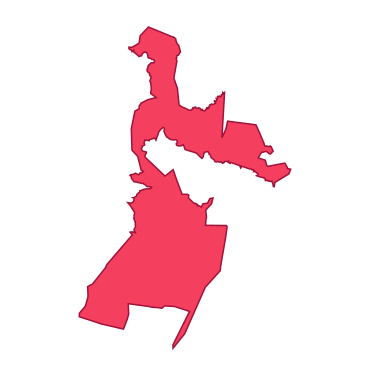 Santiago Tamazola, Oaxaca, Mexico (orthographic projection), rotated 8°
{"feature_id": "50627088B25658637599997", "entity_name": "Santiago Tamazola", "entity_type": "district", "adm_level": 2, "iso_a3": "MEX", "parent_name": "Mexico", "parent_adm1": "Oaxaca", "projection": "orthographic", "projection_center": [-98.227, 17.745], "detail": "fine", "context": "isolated", "style": "filled", "palette": "rose", "viewbox_px": 384, "rotation_deg": 8, "n_neighbors": 0, "source": "geoboundaries", "source_scale": "gbopen_adm2", "svg_char_len": 6001}
<svg xmlns="http://www.w3.org/2000/svg" viewBox="0 0 384 384"><g transform="rotate(8 192 192)"><path d="M136.3,240.4L138.9,242.7L117.9,275.5L116.7,279.3L106.2,297.1L101.8,300.1L103.6,309.8L102.4,319.2L101.6,321.0L97.4,327.6L97.7,331.2L121.2,335.4L143.2,337.3L145.5,327.5L146.3,321.8L144.4,311.5L166.1,311.4L168.5,311.7L174.6,311.2L178.4,311.3L180.6,308.6L190.8,307.8L206.2,310.6L194.4,346.0L195.0,349.3L204.5,333.4L218.4,284.5L230.9,266.0L230.7,261.1L231.6,233.2L231.6,221.7L230.8,220.4L210.0,223.1L209.7,216.9L209.9,215.0L208.1,208.1L212.5,201.7L213.1,200.1L213.6,195.0L210.7,196.0L210.5,196.3L208.9,201.0L204.5,202.0L203.3,205.7L201.4,204.7L200.7,205.0L200.2,204.8L199.1,204.9L199.4,203.9L199.3,203.6L198.0,203.3L197.6,202.9L197.3,202.8L197.1,203.1L195.9,202.9L195.8,202.7L195.1,202.7L193.7,201.6L189.3,198.3L189.3,195.6L187.5,194.9L182.5,195.7L175.0,181.9L170.2,172.5L163.1,180.0L141.2,164.4L140.4,163.4L140.5,162.1L140.8,161.0L141.4,159.8L141.1,158.7L138.3,158.4L137.2,158.4L135.8,156.0L136.5,154.6L136.2,153.5L138.5,152.3L138.4,151.1L137.6,150.3L137.8,149.3L138.2,148.1L138.1,147.0L142.5,147.2L142.7,146.1L144.3,145.3L145.2,145.0L146.3,144.3L147.7,143.9L149.1,145.6L149.6,142.8L150.4,139.7L150.5,137.9L152.0,134.8L154.5,131.9L155.8,133.0L155.9,134.0L155.7,135.3L156.5,137.1L158.2,139.7L159.4,141.1L160.8,141.7L162.2,142.5L163.7,143.0L164.9,143.1L167.4,142.8L168.8,142.4L169.7,142.9L170.8,144.9L169.7,146.1L169.9,147.3L170.6,148.0L172.5,148.2L174.8,147.9L175.5,147.2L176.6,146.5L177.6,147.6L179.2,150.9L190.8,152.8L197.1,157.4L197.8,156.6L198.2,155.2L198.3,153.2L198.7,151.5L199.6,150.5L202.3,149.8L203.3,151.1L203.5,152.1L204.9,152.8L206.2,155.3L209.3,157.0L210.5,158.7L211.9,158.9L213.3,158.3L214.3,158.5L215.7,158.5L216.9,158.1L217.0,158.3L217.7,158.8L217.9,159.2L218.5,159.4L219.0,158.6L219.7,158.3L219.9,157.4L221.9,156.8L222.4,156.9L222.7,157.2L223.7,157.3L224.0,156.6L224.3,157.4L224.9,158.2L225.9,158.3L226.4,157.4L235.5,159.2L236.9,161.5L237.3,160.7L236.6,159.4L245.1,161.0L247.5,161.2L248.0,161.3L248.3,161.7L249.3,161.5L250.3,162.0L251.2,161.5L250.8,161.9L250.8,162.3L250.3,163.2L250.7,163.1L252.4,163.2L252.5,163.5L252.8,163.8L253.7,164.3L254.8,164.5L254.8,166.2L254.2,166.5L253.7,166.9L257.8,167.7L260.9,167.8L261.1,168.1L261.5,167.9L262.3,168.5L262.8,169.4L262.8,170.1L262.9,170.3L263.4,170.3L263.6,170.4L264.4,170.1L265.2,170.3L265.2,170.1L266.9,170.6L267.2,170.4L267.5,170.6L268.8,170.6L269.6,170.1L271.1,173.1L271.8,175.3L272.7,175.3L272.7,172.6L273.1,170.7L285.4,160.6L286.6,155.7L283.2,155.5L283.2,154.8L280.4,150.8L280.1,150.6L279.5,150.6L263.9,155.9L262.6,155.8L260.1,150.3L252.8,149.0L255.4,143.0L256.7,142.7L258.8,141.8L260.5,141.7L261.4,142.2L262.6,143.2L264.4,143.5L266.7,140.3L264.2,136.2L262.8,135.8L262.8,135.7L261.8,136.2L260.9,136.4L260.1,136.1L259.3,136.0L258.8,136.4L258.1,136.5L257.3,135.9L257.3,135.6L256.9,134.8L256.9,134.5L256.6,134.2L256.6,133.9L256.3,133.6L256.2,133.2L250.8,124.2L246.0,116.6L217.4,116.9L216.8,125.0L214.1,134.1L210.4,88.8L209.5,89.6L209.3,89.6L208.6,89.2L209.0,91.1L207.7,91.4L207.5,91.6L207.5,91.8L207.7,92.0L207.8,92.3L207.8,92.5L207.1,93.2L206.9,93.9L206.6,93.9L206.0,93.3L205.7,93.2L205.3,93.4L205.0,93.7L204.2,93.7L203.9,93.9L204.2,95.4L204.2,95.8L203.9,96.0L203.0,96.0L203.5,96.9L203.6,97.4L203.5,98.2L202.6,99.2L202.2,99.1L201.9,98.5L201.6,98.5L201.4,98.7L201.6,99.2L202.0,99.7L202.5,99.8L202.7,99.7L202.9,101.0L202.5,101.1L201.0,102.2L200.0,102.4L199.0,102.2L198.7,102.8L197.9,103.0L197.6,103.2L197.4,104.1L196.9,105.0L196.9,106.6L196.8,106.8L196.1,106.6L195.6,106.3L195.1,106.3L194.8,106.7L194.9,107.0L195.6,106.9L195.8,107.2L195.4,107.6L194.2,108.1L193.4,109.8L193.1,110.0L192.7,110.0L192.1,109.9L190.7,109.5L190.7,109.0L189.8,109.7L189.1,108.6L188.5,108.4L188.3,108.0L187.9,107.9L186.7,107.7L186.3,108.1L185.9,108.2L185.5,108.5L184.5,108.6L184.2,108.0L183.8,107.7L183.7,107.4L183.4,107.4L182.5,108.0L181.9,108.2L181.3,108.6L181.0,108.6L180.9,108.8L181.2,109.4L181.0,109.8L180.5,110.3L180.2,110.3L180.0,110.8L179.2,111.4L178.9,111.4L178.6,111.2L177.5,111.4L174.7,110.3L170.5,109.2L167.1,107.6L163.1,91.4L158.2,81.7L158.8,64.3L157.7,62.0L158.3,61.2L158.0,60.6L157.9,59.2L159.5,58.3L161.1,54.7L158.2,48.3L157.2,47.9L155.4,45.1L154.5,42.5L152.2,41.1L151.0,41.1L125.9,34.7L118.9,44.5L118.9,51.8L117.9,52.8L112.4,57.1L109.4,57.3L109.6,58.8L110.3,59.5L112.0,59.7L113.0,61.4L114.7,59.9L115.2,61.9L116.5,62.4L120.8,65.3L121.8,64.5L123.2,64.1L123.4,62.5L124.2,61.2L124.8,60.6L125.5,60.1L126.5,60.0L127.7,60.3L128.6,61.4L129.9,65.2L130.4,65.4L132.6,65.4L133.8,66.4L134.3,66.2L135.6,66.3L136.6,67.4L136.6,68.2L136.2,69.6L134.9,69.5L133.6,69.7L132.8,70.9L131.9,71.7L131.3,72.7L131.2,73.3L130.9,73.6L131.0,75.6L130.4,76.7L130.7,78.5L131.5,79.2L132.0,79.8L132.8,79.9L133.7,80.7L133.6,81.8L134.4,82.9L135.7,83.6L134.8,88.0L135.9,89.7L136.8,92.9L137.1,94.8L137.5,96.3L137.3,98.8L137.4,100.2L143.4,103.5L135.4,106.7L129.1,111.2L128.7,112.4L127.8,114.1L127.8,115.1L128.1,116.9L124.2,119.9L123.1,137.9L126.8,159.0L133.3,164.3L138.8,177.9L140.9,178.1L140.2,179.5L139.5,180.2L138.1,180.2L136.6,182.5L133.4,181.2L131.5,182.6L129.9,183.2L128.8,183.3L128.3,184.3L129.5,184.8L130.4,187.4L131.1,187.8L132.8,189.7L134.0,190.0L135.6,189.8L137.1,190.2L139.1,190.0L139.5,190.4L139.9,190.5L140.7,190.6L141.4,190.5L141.9,190.3L142.4,190.3L143.7,191.1L144.5,191.2L146.2,192.6L147.1,192.9L150.4,192.6L151.0,192.6L151.5,192.9L151.5,193.3L151.0,193.8L149.8,194.5L148.6,195.0L147.2,195.0L145.5,195.5L143.5,196.2L141.3,197.6L140.2,198.0L140.1,199.5L139.2,200.3L138.1,201.5L137.7,202.2L137.7,202.8L137.4,203.9L135.7,205.4L135.0,205.8L134.4,205.9L135.4,206.4L135.6,207.5L135.6,208.3L135.5,209.3L134.9,210.2L133.4,211.5L129.9,211.5L133.3,214.6L134.7,216.4L136.4,218.3L138.1,220.4L138.0,222.2L137.8,222.8L137.9,223.5L138.3,225.1L137.9,226.0L138.5,227.1L138.8,227.4L139.4,228.8L140.0,229.3L140.4,232.1L140.9,234.8L140.1,236.2L139.9,237.5L140.1,238.5L141.5,239.7L141.7,240.2L138.4,239.9L137.3,240.0L136.3,240.4Z" fill="#f43f5e" stroke="#9f1239" stroke-width="1.5"/></g></svg>